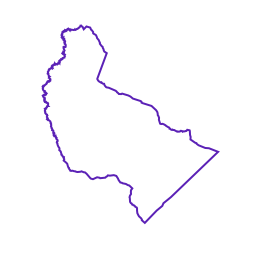 the district of Bia East, Western, Ghana, rotated 195°
{"feature_id": "2480657B75704309897075", "entity_name": "Bia East", "entity_type": "district", "adm_level": 2, "iso_a3": "GHA", "parent_name": "Ghana", "parent_adm1": "Western", "projection": "mercator", "projection_center": [-2.892, 6.825], "detail": "fine", "context": "isolated", "style": "outline", "palette": "violet", "viewbox_px": 256, "rotation_deg": 195, "n_neighbors": 0, "source": "geoboundaries", "source_scale": "gbopen_adm2", "svg_char_len": 5954}
<svg xmlns="http://www.w3.org/2000/svg" viewBox="0 0 256 256"><g transform="rotate(195 128 128)"><path d="M208.1,115.3L207.3,114.9L206.8,115.2L204.8,114.3L204.3,113.6L204.2,113.0L203.8,112.8L203.9,112.5L203.2,111.9L203.2,111.3L202.8,110.7L202.9,109.7L202.0,108.8L202.0,108.3L201.5,108.1L201.3,107.7L201.0,107.5L200.8,106.5L200.4,106.7L199.4,106.0L199.4,105.6L199.2,105.0L198.9,104.8L198.9,104.4L198.5,104.5L197.9,104.1L197.7,103.6L198.6,103.5L198.1,102.6L198.0,101.8L197.5,101.3L196.8,101.5L196.7,101.2L196.2,101.5L196.2,101.3L195.5,101.1L195.3,100.3L194.4,100.0L194.4,99.6L194.7,99.4L194.5,99.0L192.8,98.0L192.6,97.0L193.1,96.4L193.0,95.4L192.2,94.9L191.8,93.7L190.4,91.9L189.3,91.1L188.7,90.0L188.7,88.9L186.9,87.9L186.4,86.9L185.7,86.0L185.5,85.0L184.6,84.7L184.4,84.2L183.6,83.8L183.3,83.3L182.3,83.3L182.2,82.0L181.5,81.4L181.7,79.9L179.5,78.9L177.5,77.8L176.4,75.9L175.2,74.2L174.6,74.1L174.3,73.3L173.6,72.7L172.7,72.2L172.7,71.9L171.9,71.8L170.5,72.4L168.9,72.3L167.6,72.5L166.9,72.3L165.4,72.4L162.5,73.5L161.7,74.1L159.3,73.8L158.1,74.0L156.2,73.1L151.4,69.8L150.7,69.5L148.6,69.5L145.1,72.4L142.6,72.6L141.9,72.3L137.0,74.2L136.4,75.3L135.6,76.0L135.2,77.0L133.1,77.3L129.5,78.8L126.9,78.7L124.6,76.6L123.6,75.3L121.3,73.4L119.7,73.5L119.0,73.2L115.6,73.4L113.3,72.8L111.9,72.8L108.2,70.8L109.0,68.6L108.6,66.7L108.0,65.0L108.6,63.1L108.6,61.5L108.2,61.0L106.9,57.2L105.7,56.1L104.9,56.0L104.1,55.1L103.6,55.2L102.7,54.7L102.0,54.8L101.2,54.4L100.6,53.8L98.9,53.4L98.4,52.5L97.9,50.6L96.9,48.1L95.3,46.3L94.5,45.5L92.0,44.2L90.9,43.2L90.8,42.5L87.2,40.7L78.9,55.7L74.7,61.6L74.3,64.5L68.6,72.4L34.8,128.3L44.6,129.4L48.2,128.7L55.4,129.6L57.6,130.5L58.0,131.1L59.2,131.1L64.7,133.1L65.2,135.6L66.3,137.4L67.5,141.1L67.9,141.7L70.3,141.6L70.8,140.3L71.3,140.2L72.3,139.4L73.2,139.3L74.2,138.6L74.4,139.0L76.2,139.0L77.1,137.9L77.6,137.9L78.3,137.5L79.4,137.5L79.6,137.2L82.9,138.0L83.8,137.8L84.6,138.0L85.0,137.5L86.1,137.6L86.9,138.1L87.7,138.1L87.8,138.6L88.7,139.2L89.4,139.2L92.0,140.0L92.5,140.4L92.9,140.4L93.6,140.7L95.7,141.0L97.0,140.4L98.1,140.5L100.3,144.0L100.6,145.8L101.7,147.4L102.5,148.0L103.2,149.9L103.9,151.1L105.5,152.5L111.0,155.4L120.5,155.8L121.5,156.0L121.8,156.9L122.8,157.3L130.9,157.7L133.7,159.0L136.1,159.5L142.6,159.7L143.3,159.0L145.6,158.5L146.6,159.2L147.9,159.7L148.3,160.2L149.6,160.8L157.0,161.9L159.1,161.7L159.7,161.8L161.6,163.1L162.5,164.5L163.5,164.3L164.8,164.7L165.4,165.2L165.7,164.8L168.1,165.5L169.1,166.1L170.3,167.3L170.4,167.7L167.9,194.8L170.6,195.7L171.4,196.5L172.1,197.9L172.9,198.6L173.6,199.9L174.5,200.2L177.0,202.1L177.0,202.8L179.2,205.5L181.0,206.7L181.8,208.0L182.7,209.1L183.3,209.6L185.7,210.2L186.2,210.5L186.5,211.7L188.3,213.1L189.1,213.4L190.5,215.2L194.4,215.3L196.3,211.9L198.1,214.0L198.6,214.0L199.7,214.8L200.1,214.5L200.4,214.5L200.5,213.5L201.0,212.5L201.4,212.0L201.7,212.0L202.1,211.0L202.8,210.4L203.1,210.4L204.0,209.2L204.6,209.2L204.8,209.4L204.9,209.1L205.2,209.1L205.6,208.6L208.4,208.3L208.6,207.7L209.0,207.9L209.0,207.7L209.4,207.8L209.5,208.2L210.0,208.0L210.5,208.2L210.3,207.7L211.3,208.3L211.8,208.1L211.5,207.5L211.9,207.1L212.4,207.2L213.2,206.3L214.2,206.4L214.2,205.6L213.8,205.4L214.2,205.3L214.2,204.9L215.0,205.0L215.0,204.8L214.8,204.8L214.9,204.4L215.6,204.0L216.0,204.1L216.2,203.7L215.6,203.3L215.8,203.1L216.2,201.7L215.6,201.2L215.5,200.5L215.7,200.4L215.3,199.7L215.7,199.7L215.4,199.3L215.5,198.7L215.0,198.7L214.8,198.1L214.4,198.4L214.5,198.0L214.0,197.9L213.7,198.1L213.5,197.8L213.2,197.9L213.0,197.6L213.1,197.3L212.8,197.4L212.8,197.0L212.5,197.2L212.2,196.6L212.8,196.4L212.5,196.0L212.1,196.3L211.5,195.8L211.7,195.6L211.1,194.9L211.1,194.7L211.4,194.7L211.1,194.0L211.5,194.3L211.6,193.9L211.1,193.4L210.9,192.8L209.9,192.5L209.6,191.9L209.3,190.6L209.3,190.1L209.9,189.7L210.9,189.9L211.3,189.5L210.7,188.0L209.3,186.4L209.6,185.5L209.5,184.8L210.1,184.8L209.9,184.4L210.3,184.3L210.8,183.1L209.9,182.6L208.8,182.7L208.8,182.4L208.2,182.4L208.4,182.0L207.5,181.1L207.8,180.3L207.6,179.6L209.3,178.6L209.4,178.3L209.1,177.8L209.4,177.4L209.8,177.5L210.1,177.1L210.3,177.1L210.2,176.8L210.5,176.0L210.8,175.7L211.4,175.7L211.5,175.2L210.9,173.9L211.1,173.6L211.0,173.1L211.4,173.4L211.3,173.0L211.5,173.1L211.6,172.8L212.0,172.8L211.8,172.2L212.1,171.9L212.5,172.0L212.8,171.6L212.9,171.1L214.3,171.3L214.1,171.0L214.2,170.6L214.6,170.4L214.9,170.5L215.0,170.2L215.4,170.3L215.4,170.1L215.7,169.9L215.8,170.2L215.9,169.7L216.5,169.6L216.6,168.8L217.3,168.8L217.6,168.2L217.0,167.4L217.3,167.5L217.3,167.1L217.5,166.9L217.1,166.0L217.5,166.1L217.9,165.8L217.9,165.6L218.4,165.3L219.0,164.1L219.4,164.3L219.7,163.3L219.5,162.2L219.9,161.6L219.6,161.2L219.7,160.3L219.1,159.9L219.3,159.6L219.0,159.5L219.0,159.2L217.9,158.0L217.9,157.7L217.3,157.5L217.7,157.2L217.6,156.7L217.2,156.5L217.3,156.0L216.9,156.0L216.3,155.3L215.7,155.2L215.5,154.8L215.9,154.0L215.3,153.5L216.0,152.4L216.8,152.0L217.2,152.4L217.5,152.0L217.8,152.1L218.3,150.2L218.0,150.0L218.3,149.2L219.0,148.6L219.1,148.2L220.0,147.5L219.9,147.0L220.9,146.8L221.2,145.8L220.3,144.9L220.6,144.2L220.1,143.1L219.1,142.2L218.0,142.2L217.9,141.0L217.2,140.9L217.0,141.2L215.8,140.5L216.1,140.2L215.7,140.0L215.8,139.8L216.1,139.9L216.3,139.7L215.9,139.0L216.0,138.8L216.6,138.4L216.7,138.5L217.1,138.5L217.6,137.9L217.9,138.2L218.7,137.2L217.3,135.6L216.9,135.4L216.4,135.6L216.3,135.2L216.0,135.1L215.8,134.4L216.2,134.1L216.3,133.5L216.1,133.2L215.8,133.1L215.9,132.6L215.2,132.4L215.4,132.2L215.1,131.7L214.7,131.9L214.0,131.5L213.7,131.9L212.8,131.2L212.3,131.4L212.1,131.0L211.6,131.1L211.4,130.8L211.1,128.8L210.8,128.6L211.6,128.4L211.9,127.9L211.6,127.5L211.6,127.2L212.3,126.3L212.1,125.7L213.1,125.3L213.3,125.0L212.6,124.5L212.8,123.0L211.9,122.0L212.0,121.2L210.9,120.3L209.8,120.0L209.8,119.6L209.1,119.2L209.3,117.7L208.5,117.0L208.6,116.5L208.2,116.2L207.8,116.3L207.6,115.9L207.7,115.6L208.1,115.3Z" fill="none" stroke="#5b21b6" stroke-width="2"/></g></svg>